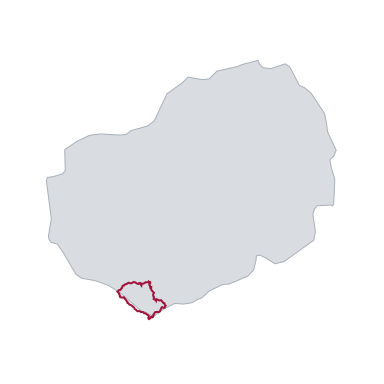 location of Kriva Palanka, Kriva Palanka, North Macedonia, rotated 169°
{"feature_id": "65306769B37694813292745", "entity_name": "Kriva Palanka", "entity_type": "district", "adm_level": 2, "iso_a3": "MKD", "parent_name": "North Macedonia", "parent_adm1": "Kriva Palanka", "projection": "equal_earth", "projection_center": [22.335, 42.244], "detail": "fine", "context": "in_parent", "style": "outline", "palette": "rose", "viewbox_px": 384, "rotation_deg": 169, "n_neighbors": 0, "source": "geoboundaries", "source_scale": "gbopen_adm2", "svg_char_len": 3435}
<svg xmlns="http://www.w3.org/2000/svg" viewBox="0 0 384 384"><g transform="rotate(169 192 192)"><path d="M173.2,94.6L179.7,95.4L193.8,91.6L202.6,86.2L207.1,85.4L213.0,83.3L221.6,83.6L230.2,85.9L241.2,82.8L252.1,77.8L256.4,79.1L261.1,83.3L264.2,84.5L282.1,107.2L292.0,116.3L303.6,123.3L316.9,128.4L321.6,133.3L330.1,157.5L334.2,166.6L339.8,169.4L341.2,172.0L341.5,175.5L335.2,192.6L332.8,230.8L331.2,233.8L324.5,233.6L315.7,234.5L312.3,237.4L308.8,258.0L294.6,263.9L281.7,267.2L270.8,266.5L251.7,261.6L245.5,261.1L240.1,263.9L223.1,265.3L215.6,268.9L197.9,293.1L180.1,301.4L174.0,305.6L160.4,300.3L153.8,299.7L144.4,305.9L123.7,306.5L118.1,307.6L102.1,308.6L101.5,305.2L98.6,300.4L91.2,298.1L76.0,300.0L72.3,296.5L66.2,276.0L61.4,272.7L56.0,265.8L46.9,243.6L46.8,233.8L47.5,225.4L42.5,205.5L45.7,200.4L50.5,197.3L50.6,189.3L49.4,177.1L55.2,153.3L56.8,151.6L58.2,152.7L71.8,154.6L75.3,151.6L77.6,146.9L78.4,129.5L81.7,121.5L114.6,106.2L124.3,105.7L131.6,112.7L137.5,117.2L141.0,117.0L142.3,112.5L146.3,103.8L153.1,98.8L173.0,94.6L173.2,94.6Z" fill="#d9dde1" stroke="#a8b0b8" stroke-width="1"/><path d="M276.7,113.2L277.7,113.1L278.3,112.8L278.9,111.2L279.8,110.9L280.4,110.0L281.4,109.4L282.1,109.7L282.8,109.5L283.6,108.7L283.8,108.5L284.2,108.3L284.0,107.9L283.6,107.4L283.2,106.9L283.0,106.5L282.9,106.2L283.0,105.5L282.9,105.0L282.6,104.5L282.4,103.9L282.6,103.6L282.8,103.3L282.8,103.1L282.8,102.9L282.4,102.4L281.9,102.2L281.5,102.1L280.7,101.6L280.1,101.7L279.8,101.8L279.4,101.7L279.0,101.6L278.8,101.5L278.8,101.3L278.7,100.8L278.6,100.4L278.5,100.2L278.2,99.9L277.9,99.4L277.6,99.0L277.4,98.5L277.3,98.2L276.9,97.2L276.7,97.0L276.5,96.5L276.3,96.2L276.6,95.8L276.6,95.6L276.5,95.4L276.1,95.1L275.6,94.9L275.3,94.1L275.1,93.7L274.8,93.4L274.5,93.1L273.9,93.0L273.6,92.8L273.1,92.2L272.8,92.0L272.4,91.6L272.0,90.7L271.5,90.3L271.2,90.0L271.0,89.7L270.8,89.2L270.7,88.7L270.6,88.3L270.4,87.8L269.9,87.5L269.4,87.1L269.0,86.3L268.5,85.6L268.2,85.3L267.0,85.3L266.3,85.0L266.1,85.0L265.9,84.9L265.2,84.1L265.0,83.9L264.8,83.9L263.9,83.7L263.3,83.6L263.1,83.5L262.9,83.4L262.7,83.2L262.1,82.1L261.0,81.8L260.7,81.7L260.3,81.3L260.1,80.9L259.8,80.5L259.4,80.2L258.9,79.8L258.6,79.5L258.3,79.2L258.2,79.1L258.0,78.7L258.4,77.8L259.0,76.8L258.8,75.9L258.7,75.7L258.4,75.4L257.6,75.8L257.4,75.9L257.1,76.0L256.8,76.2L256.6,76.6L256.4,76.9L256.2,77.2L256.0,77.3L255.7,77.4L255.4,77.2L255.3,76.9L255.2,76.7L254.9,76.5L254.6,76.5L254.4,76.6L253.7,77.2L253.5,77.9L253.6,78.2L253.6,78.5L253.2,79.1L252.7,79.3L252.5,79.6L252.0,80.3L251.0,81.1L250.1,81.0L249.0,81.0L247.9,80.6L247.7,80.5L247.3,80.5L247.1,80.5L246.8,80.6L246.0,81.4L245.3,82.4L244.8,83.2L244.1,84.0L243.9,84.3L243.6,84.7L243.3,84.7L243.0,84.6L242.8,84.3L242.7,84.1L242.4,83.9L241.5,83.6L240.9,83.6L240.6,84.2L240.4,84.6L240.3,84.8L239.8,85.4L239.6,85.5L240.2,86.3L240.3,88.2L241.2,88.4L242.9,91.7L244.6,91.7L247.4,93.6L248.0,92.1L248.3,92.9L250.1,94.3L249.4,96.2L249.8,96.9L249.8,98.7L248.6,100.3L250.6,103.6L250.6,105.0L250.2,106.3L251.2,106.1L251.2,108.4L251.7,109.1L251.1,110.3L250.5,110.4L250.3,111.5L251.3,111.9L251.6,112.4L252.2,111.7L253.2,112.0L254.4,112.0L254.8,112.3L256.8,111.4L259.0,111.4L259.5,109.9L260.1,111.1L259.7,112.1L260.5,112.6L261.0,112.3L261.5,112.6L262.3,112.0L263.2,112.4L264.8,114.0L266.4,114.8L268.8,114.0L270.2,114.2L271.4,115.0L272.3,114.9L273.7,114.1L275.0,114.2L276.8,113.5L276.7,113.2Z" fill="none" stroke="#9f1239" stroke-width="2"/></g></svg>